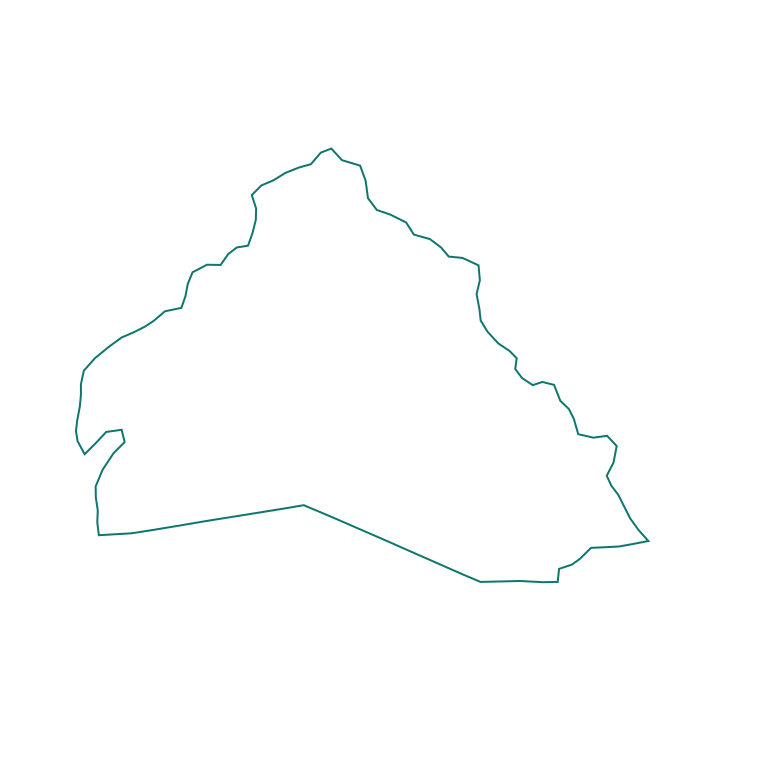 outline of Rodeio, Santa Catarina, Brazil, rotated 104°
{"feature_id": "56859067B58169582692874", "entity_name": "Rodeio", "entity_type": "district", "adm_level": 2, "iso_a3": "BRA", "parent_name": "Brazil", "parent_adm1": "Santa Catarina", "projection": "robinson", "projection_center": [-49.356, -26.886], "detail": "fine", "context": "isolated", "style": "outline", "palette": "teal", "viewbox_px": 768, "rotation_deg": 104, "n_neighbors": 0, "source": "geoboundaries", "source_scale": "gbopen_adm2", "svg_char_len": 1473}
<svg xmlns="http://www.w3.org/2000/svg" viewBox="0 0 768 768"><g transform="rotate(104 384 384)"><path d="M524.5,657.5L511.5,649.6L497.7,641.9L491.9,627.5L503.1,621.6L516.6,629.7L535.3,636.3L553.2,639.0L564.0,636.1L576.0,631.1L587.4,628.8L599.7,624.1L589.9,592.7L581.4,572.6L574.1,555.7L560.2,523.9L528.0,448.5L521.0,432.5L526.4,398.2L536.5,338.0L538.8,325.1L549.8,261.0L552.7,242.5L542.3,204.6L537.8,181.6L534.0,167.6L521.0,169.4L513.7,157.9L506.2,151.6L492.9,143.5L489.4,131.7L484.8,116.6L479.4,104.6L472.4,89.5L464.1,101.7L454.7,112.8L444.8,121.3L434.8,129.9L427.8,138.7L419.1,145.7L404.7,142.3L387.9,143.2L380.3,155.0L385.4,167.8L385.7,183.4L372.0,191.3L363.6,198.5L357.6,208.9L343.7,218.8L343.7,230.8L349.1,239.4L344.8,251.5L337.7,260.3L326.9,261.5L321.5,270.3L317.0,282.9L308.2,296.2L299.1,305.5L288.3,309.5L274.4,315.9L260.1,316.1L246.0,321.0L242.7,338.4L244.7,352.0L237.7,361.7L232.3,374.5L231.8,391.2L221.9,401.6L218.1,419.0L216.9,433.0L207.6,444.5L191.2,451.0L177.9,460.0L177.0,478.8L168.3,492.1L174.8,501.3L188.4,508.1L194.7,519.2L203.0,530.7L213.1,540.6L221.0,551.0L232.7,558.0L244.7,550.5L255.7,548.1L269.4,548.1L282.7,549.4L287.1,559.8L295.6,566.6L308.0,571.3L311.1,584.6L321.9,596.8L334.4,598.6L346.8,597.9L359.1,599.0L366.5,614.2L378.4,622.7L386.3,630.0L394.2,639.2L402.5,650.0L414.5,660.0L429.0,670.8L443.8,678.5L457.7,678.0L467.6,675.5L479.3,673.7L494.4,672.8L504.2,671.5L513.7,667.4L524.5,657.5Z" fill="none" stroke="#0f766e" stroke-width="2"/></g></svg>